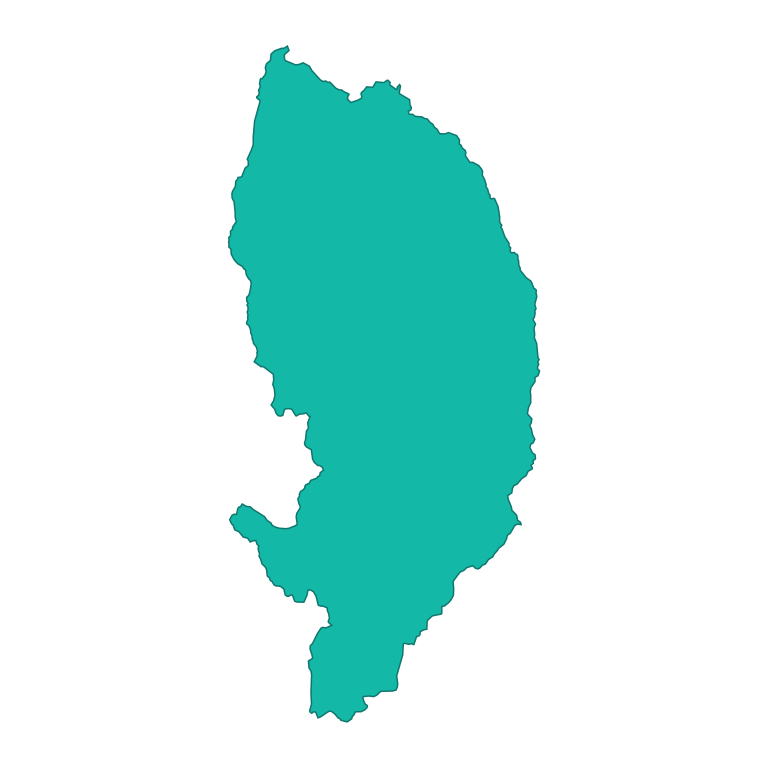 outline of Cotabambas, Apurímac, Peru
{"feature_id": "86281439B97750669772673", "entity_name": "Cotabambas", "entity_type": "district", "adm_level": 2, "iso_a3": "PER", "parent_name": "Peru", "parent_adm1": "Apurímac", "projection": "natural_earth1", "projection_center": [-72.288, -14.041], "detail": "fine", "context": "isolated", "style": "filled", "palette": "teal", "viewbox_px": 768, "rotation_deg": 0, "n_neighbors": 0, "source": "geoboundaries", "source_scale": "gbopen_adm2", "svg_char_len": 6068}
<svg xmlns="http://www.w3.org/2000/svg" viewBox="0 0 768 768"><path d="M245.1,168.1L241.9,176.3L240.8,177.2L238.0,177.4L237.7,179.0L235.8,181.2L235.3,186.6L232.6,191.2L231.9,193.7L232.1,197.9L234.1,201.9L235.2,212.8L235.2,217.2L236.3,221.6L232.5,227.2L232.6,229.1L230.5,231.1L230.5,235.9L228.7,237.6L229.1,240.0L228.6,242.2L229.0,243.5L228.9,247.1L230.9,249.0L231.3,254.3L234.3,260.0L237.8,263.8L242.6,266.6L243.6,268.6L245.6,270.1L246.3,274.7L248.6,278.7L250.7,280.8L251.2,283.9L249.9,291.9L248.7,295.4L246.6,297.4L246.9,301.5L248.1,303.2L247.0,305.1L247.9,306.7L248.1,309.7L247.2,312.0L248.0,315.1L247.6,316.8L247.9,319.5L246.5,322.8L247.0,324.3L248.8,325.5L250.5,329.5L250.7,332.8L252.1,336.2L252.1,338.7L253.3,341.6L253.5,343.5L256.1,346.6L257.5,351.0L256.9,352.5L257.2,355.8L254.2,361.8L261.0,366.7L263.1,366.6L264.2,367.3L273.3,374.2L273.7,380.0L272.8,384.5L274.2,388.2L275.0,395.0L273.7,400.6L271.1,405.0L274.6,409.1L276.2,413.5L278.1,415.6L280.2,416.1L282.8,415.4L284.5,409.6L286.1,408.7L289.9,408.7L292.0,409.5L295.7,415.7L296.6,415.9L299.2,414.2L304.0,413.7L305.8,412.9L306.5,413.1L308.8,416.1L310.1,416.5L307.7,422.8L308.4,428.2L306.4,431.2L305.5,440.1L304.6,442.5L304.7,444.7L306.4,446.9L311.3,449.7L312.6,459.0L314.0,462.0L317.6,465.4L319.7,465.6L321.9,466.9L323.6,470.1L320.2,472.7L319.7,475.7L317.7,476.7L316.7,478.2L310.7,480.4L309.3,483.2L305.7,484.9L304.9,486.3L304.7,488.0L303.3,489.8L300.6,491.4L299.3,494.2L299.5,495.9L297.8,499.1L299.1,504.2L300.1,505.8L300.1,508.0L296.7,513.5L296.2,517.1L297.2,523.9L295.7,525.6L288.8,528.3L285.9,528.7L279.2,528.2L275.4,527.1L272.2,525.4L271.0,523.0L267.1,520.4L264.5,516.6L252.9,509.3L250.3,506.8L246.4,506.4L242.2,504.0L240.5,506.6L238.6,507.3L237.7,509.0L236.6,514.3L233.8,514.3L232.0,515.4L229.7,519.7L231.4,523.5L233.4,525.8L234.7,529.8L239.0,531.8L243.3,537.1L247.6,538.1L250.2,542.0L252.9,540.8L256.0,540.6L256.8,543.9L258.8,546.2L258.1,548.0L258.7,551.6L259.5,552.9L259.1,556.4L260.6,559.0L262.0,563.8L265.2,567.0L266.5,569.3L267.3,576.1L269.3,577.7L270.4,580.6L272.0,581.4L274.0,584.8L275.9,585.9L280.5,586.3L283.9,589.1L285.2,594.8L286.6,596.0L288.1,596.5L291.0,594.9L292.5,595.2L294.7,601.2L296.7,602.0L303.9,602.2L306.9,595.5L308.0,590.0L310.9,590.1L313.5,591.8L316.1,596.3L318.3,605.3L321.0,606.2L322.8,606.0L327.3,608.0L327.3,610.5L328.7,613.7L329.4,618.2L328.2,621.5L328.8,622.7L331.8,625.2L326.1,627.9L322.4,627.4L321.0,628.2L317.5,633.4L312.6,643.3L310.2,646.0L310.1,649.1L312.4,656.4L312.5,658.4L308.4,661.0L309.1,668.2L311.1,671.2L311.6,675.2L311.0,692.9L311.5,704.2L309.6,710.9L310.5,712.6L311.8,713.2L313.5,711.8L315.7,712.1L318.0,717.9L320.5,716.9L327.9,711.9L330.1,711.0L331.6,711.5L335.0,714.1L338.1,717.9L340.4,719.1L340.9,720.3L347.2,721.9L351.6,718.9L352.4,716.4L353.8,715.1L355.5,711.8L361.0,711.7L364.6,710.0L367.0,707.7L367.4,705.6L365.1,703.9L363.8,701.1L362.8,697.5L363.4,696.6L368.8,696.0L373.8,696.6L377.0,695.0L380.2,691.8L381.5,691.3L392.6,691.0L396.1,690.0L397.4,686.7L397.7,683.7L396.7,675.8L402.7,654.9L403.3,643.9L404.9,643.3L408.6,644.3L411.5,643.7L413.9,644.6L416.3,637.4L417.0,636.4L419.1,635.8L420.0,634.6L420.2,631.7L423.8,629.8L426.8,629.3L427.1,622.2L427.8,620.0L432.5,615.8L441.2,614.1L441.8,613.2L441.8,606.5L444.7,605.9L448.9,602.4L451.3,599.4L453.4,595.4L453.7,588.8L453.1,582.2L453.6,580.7L459.9,572.2L463.8,570.4L466.8,567.6L472.9,565.8L475.5,568.3L477.9,568.9L479.8,568.0L482.4,565.2L485.4,564.0L488.4,559.6L492.8,556.8L494.3,553.9L497.5,550.4L498.5,548.4L503.9,544.2L506.6,538.7L507.3,535.3L510.2,533.4L514.7,525.6L517.1,524.1L521.1,524.6L520.4,522.2L517.5,520.2L516.7,515.3L511.9,510.3L511.4,507.0L508.4,499.7L507.6,495.8L511.8,492.8L512.5,488.2L513.7,485.8L517.1,484.1L521.9,478.5L526.2,475.6L528.1,471.3L532.0,469.1L532.3,467.7L530.9,465.4L533.4,463.3L533.0,460.3L534.7,459.7L535.5,458.5L535.0,454.6L532.5,453.0L529.9,447.6L530.7,444.3L533.1,442.9L534.8,439.3L532.6,434.9L531.3,428.7L529.7,425.7L531.3,422.9L531.8,418.8L527.4,413.8L528.5,407.4L530.7,402.8L530.7,394.0L530.2,392.3L530.9,387.7L535.0,381.6L535.0,377.4L538.0,375.7L539.4,371.7L539.4,370.6L538.0,369.5L537.5,368.1L537.7,366.2L538.7,364.5L537.8,361.8L539.1,359.5L538.0,357.7L536.6,343.4L534.3,337.6L534.7,334.5L534.0,328.0L535.5,324.1L533.0,319.5L534.4,317.1L535.1,313.3L534.8,310.9L536.0,308.8L534.8,304.2L536.8,296.5L536.0,292.6L536.3,290.4L535.7,289.3L534.0,288.5L531.1,281.3L526.1,277.6L520.2,270.2L520.1,268.0L518.8,265.0L518.6,260.8L517.7,258.3L518.0,256.1L517.2,254.4L515.8,254.1L514.4,252.5L511.5,252.7L510.5,252.1L510.1,250.4L510.7,247.9L508.9,245.8L509.1,243.4L504.9,236.9L502.0,228.8L500.8,227.3L501.8,225.2L500.2,223.2L499.6,221.1L499.7,216.9L498.1,206.8L494.7,198.9L493.7,198.3L491.3,198.9L490.0,197.7L490.1,195.1L488.8,193.8L487.6,189.0L486.0,186.8L486.1,184.4L484.4,179.1L482.3,175.3L482.6,171.4L481.3,168.8L478.7,165.5L472.9,162.4L469.8,162.3L465.3,155.6L465.9,152.5L465.2,150.4L462.2,148.0L461.1,145.3L459.3,144.0L459.5,139.9L456.6,135.6L448.5,132.6L444.8,134.0L439.6,133.6L437.1,129.3L434.3,127.1L432.9,124.3L429.9,122.2L427.3,119.0L424.6,118.5L422.0,116.9L415.3,116.4L412.3,114.2L410.0,114.5L408.9,113.6L408.3,111.3L410.5,110.2L411.2,108.8L411.2,107.2L410.0,104.8L409.6,99.7L399.6,93.8L399.3,92.4L400.5,86.1L399.6,84.6L397.2,87.2L397.2,89.0L396.2,89.5L390.1,85.1L389.7,84.3L390.2,82.5L388.0,80.3L387.0,80.3L384.1,82.6L376.0,81.9L372.8,87.3L366.6,86.9L364.1,90.3L361.6,92.3L361.0,93.9L361.9,97.0L361.2,98.4L357.3,100.4L350.9,102.5L347.5,99.2L347.8,96.3L349.0,94.6L348.8,93.9L343.6,91.6L341.8,90.0L339.2,89.9L335.8,88.2L329.9,82.1L327.7,82.3L325.7,81.0L322.9,81.5L320.1,79.7L311.8,70.5L309.4,66.2L303.1,62.8L299.5,64.3L295.6,64.9L285.5,60.7L284.6,59.4L284.3,54.8L289.0,50.5L287.4,46.1L283.7,48.4L281.9,48.2L274.9,50.7L271.1,54.0L270.4,60.4L266.5,63.8L265.3,67.6L266.1,71.5L265.2,74.7L262.0,78.7L260.9,78.6L260.3,79.3L259.5,83.9L260.4,86.5L258.5,90.4L259.2,92.2L258.9,95.1L256.7,96.8L256.9,98.1L259.8,100.3L260.0,101.4L254.6,121.1L253.2,137.4L253.3,144.4L251.7,149.3L247.2,159.3L248.2,160.8L248.3,165.6L245.1,168.1Z" fill="#14b8a6" stroke="#0f766e" stroke-width="1.5"/></svg>